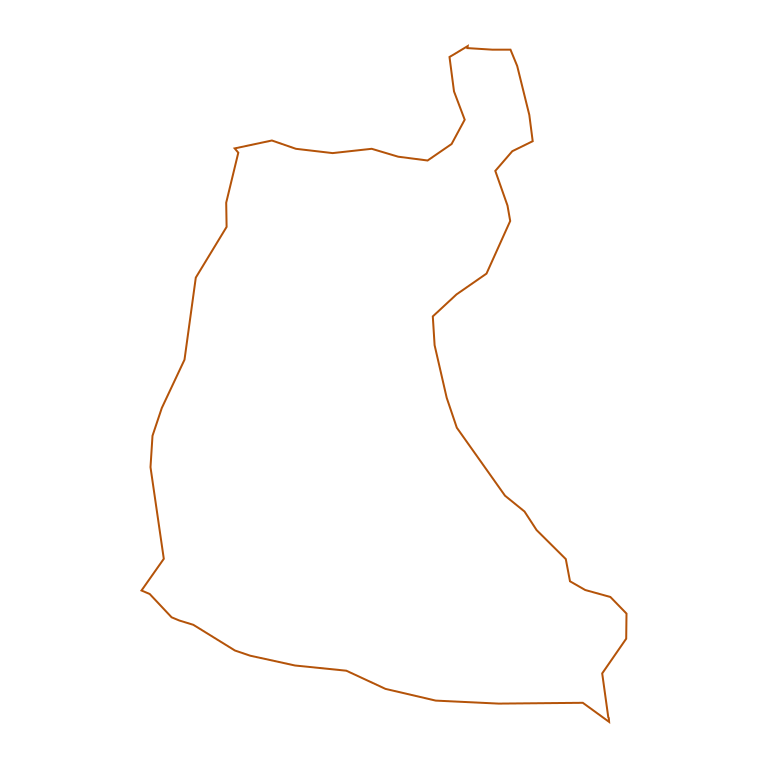 the County of Yunlin, rotated 270°
{"feature_id": "TWN-1176", "entity_name": "Yunlin", "entity_type": "County", "adm_level": 1, "iso_a3": "TWN", "parent_name": "Taiwan", "parent_adm1": "", "projection": "equal_earth", "projection_center": [120.426, 23.673], "detail": "fine", "context": "isolated", "style": "outline", "palette": "amber", "viewbox_px": 768, "rotation_deg": 270, "n_neighbors": 0, "source": "natural_earth", "source_scale": "10m", "svg_char_len": 924}
<svg xmlns="http://www.w3.org/2000/svg" viewBox="0 0 768 768"><g transform="rotate(270 384 384)"><path d="M46.1,609.1L65.2,582.8L64.4,498.6L67.4,435.7L79.1,385.5L97.3,346.3L102.5,295.0L112.3,250.2L117.5,234.9L143.2,193.3L147.5,179.3L150.7,171.6L174.0,149.7L177.5,141.5L209.2,163.8L300.8,150.5L332.2,152.5L360.0,161.8L408.3,184.5L490.4,195.8L541.1,226.6L565.3,226.2L615.3,238.3L619.6,234.7L627.5,271.9L619.2,295.9L614.9,332.6L619.2,371.7L611.3,398.2L607.5,427.6L624.0,451.6L648.3,464.7L676.6,454.0L711.0,449.5L721.9,467.7L719.9,467.4L718.3,492.9L718.3,510.5L702.0,517.2L653.1,529.3L626.8,532.7L616.8,512.3L597.1,495.3L562.4,507.5L547.0,510.2L494.4,486.5L473.6,456.5L451.6,432.8L422.8,434.6L370.2,446.7L340.3,456.8L272.3,505.0L256.5,524.5L237.9,536.6L208.9,565.8L186.7,570.0L178.0,585.2L171.0,610.4L154.4,626.5L129.3,626.2L94.6,602.2L50.6,608.3L50.0,608.8L46.1,609.1Z" fill="none" stroke="#b45309" stroke-width="2"/></g></svg>